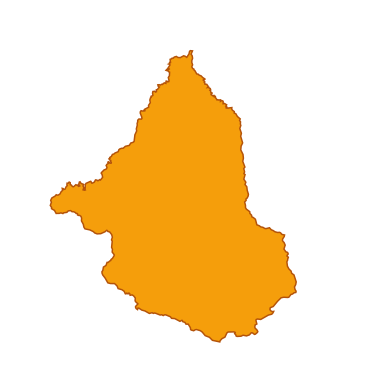 Abejorral, Antioquia, Colombia, rotated 289°
{"feature_id": "7082276B70847845969134", "entity_name": "Abejorral", "entity_type": "district", "adm_level": 2, "iso_a3": "COL", "parent_name": "Colombia", "parent_adm1": "Antioquia", "projection": "mercator", "projection_center": [-75.413, 5.805], "detail": "fine", "context": "isolated", "style": "filled", "palette": "amber", "viewbox_px": 384, "rotation_deg": 289, "n_neighbors": 0, "source": "geoboundaries", "source_scale": "gbopen_adm2", "svg_char_len": 5990}
<svg xmlns="http://www.w3.org/2000/svg" viewBox="0 0 384 384"><g transform="rotate(289 192 192)"><path d="M59.3,267.1L60.6,267.0L63.1,268.1L65.5,270.4L70.2,270.9L71.4,271.8L73.3,277.0L73.4,278.3L73.1,278.7L72.0,278.4L71.2,279.9L70.2,280.6L70.1,281.6L71.6,285.3L73.2,286.9L73.7,290.4L75.6,292.8L78.2,293.9L78.5,295.0L77.7,297.4L78.2,298.2L80.6,299.6L81.6,299.6L83.1,297.8L83.5,296.4L84.7,295.3L86.9,295.0L88.3,296.3L91.3,294.3L92.3,294.2L93.2,295.2L93.9,298.5L100.5,304.3L102.4,307.2L104.0,307.9L105.7,308.1L105.0,306.5L105.5,304.8L106.5,303.8L108.1,303.7L110.2,306.1L116.6,308.5L121.0,310.7L122.4,313.1L123.4,316.7L124.0,317.8L127.3,318.9L128.3,320.3L129.9,321.3L130.8,322.9L132.1,322.7L133.4,321.1L135.6,319.8L138.1,320.2L140.9,319.8L146.8,315.4L147.6,312.7L149.5,311.4L150.8,308.7L152.9,306.4L156.9,304.4L158.6,304.6L160.5,304.2L161.2,304.5L161.8,304.1L162.4,302.6L163.4,302.6L164.4,303.1L165.3,302.8L166.0,301.9L166.0,300.2L168.0,297.5L172.1,297.4L174.2,295.5L174.9,294.1L175.7,293.3L177.1,293.0L179.9,293.7L181.5,293.5L181.2,290.8L182.2,289.1L182.4,288.0L181.6,286.1L181.4,283.5L182.0,281.1L182.1,279.2L183.4,276.9L181.6,274.1L181.2,272.9L181.7,270.5L181.4,268.5L182.0,266.5L182.1,264.0L186.9,260.8L187.8,258.3L188.0,256.7L189.5,255.8L190.6,253.7L192.2,253.0L193.5,249.0L194.6,247.7L196.8,246.9L199.7,245.0L201.6,245.9L202.9,245.3L204.2,246.1L206.4,246.4L208.2,246.1L211.5,243.7L214.8,242.1L216.3,239.7L218.8,239.7L221.0,236.8L225.8,236.5L226.2,235.1L228.1,235.2L231.0,233.3L232.8,233.9L237.5,230.0L240.7,229.6L244.1,228.0L247.7,224.4L251.4,223.5L254.9,223.9L260.5,219.9L263.6,219.6L267.6,216.5L270.8,216.5L272.0,215.6L274.2,215.0L275.1,213.7L276.8,213.8L278.2,210.3L280.3,207.9L280.4,206.2L281.8,205.8L282.5,203.6L283.3,202.6L284.8,202.2L282.8,198.1L282.6,196.9L283.6,196.6L283.4,197.5L284.1,196.9L284.2,196.0L285.7,196.4L286.3,193.9L285.6,192.7L287.7,192.0L288.1,191.6L288.1,190.2L287.0,189.4L288.4,188.9L287.6,187.1L287.7,186.3L287.2,185.7L288.8,183.6L289.9,183.0L289.2,182.2L289.3,181.8L290.2,181.8L290.5,181.4L289.7,180.3L290.3,178.3L290.9,178.1L291.5,178.8L292.1,178.8L292.4,177.2L293.8,176.7L294.0,175.8L295.0,176.2L295.8,175.5L295.8,174.5L296.6,173.7L295.9,172.6L296.9,172.9L297.4,172.6L298.6,170.9L298.2,169.1L299.6,168.4L299.7,167.9L300.6,168.0L301.4,166.2L302.0,166.2L302.7,167.5L303.1,167.4L303.7,164.9L304.8,162.7L304.8,160.7L305.4,159.7L305.2,158.0L307.7,155.2L308.1,154.1L308.8,153.8L309.0,152.5L309.9,151.4L310.8,151.0L312.4,151.2L314.3,149.7L316.3,149.0L318.3,149.1L319.7,148.5L321.1,147.6L322.0,146.3L325.6,146.5L325.1,144.4L324.2,143.9L321.5,144.2L317.6,143.2L318.1,141.5L318.1,139.8L315.2,137.1L314.6,134.8L315.1,133.1L313.8,131.3L312.4,130.7L312.1,129.6L311.4,129.4L310.3,128.1L307.7,129.4L307.6,128.8L306.6,128.6L306.1,129.2L305.4,128.4L305.4,129.4L304.7,129.8L300.8,128.8L301.2,129.8L300.9,130.4L300.2,129.9L299.9,128.4L298.6,127.8L298.6,130.2L298.0,131.1L298.0,131.8L294.5,132.8L292.6,132.3L289.8,134.0L288.8,134.1L288.2,133.0L288.7,132.2L288.4,131.4L286.2,131.9L286.2,130.4L285.2,129.5L284.1,129.2L284.1,128.4L282.8,127.2L282.8,126.0L282.2,124.8L280.8,125.8L280.6,127.0L277.7,125.9L277.0,125.0L275.3,125.7L274.6,125.0L275.1,123.9L274.3,122.3L272.6,122.5L270.9,123.5L270.4,123.5L269.1,122.1L268.3,122.6L267.5,122.1L265.2,122.2L262.9,123.5L259.8,122.7L258.1,123.4L254.7,120.2L253.8,120.0L253.9,120.9L253.4,121.0L252.4,118.7L252.3,117.4L251.0,117.0L249.7,117.4L246.5,120.1L245.2,120.7L244.5,120.5L243.7,118.0L242.2,117.3L240.6,117.8L238.9,117.8L237.4,118.5L233.6,118.8L231.7,119.8L227.5,119.4L221.0,120.8L219.9,120.2L218.3,118.1L215.7,117.6L213.5,114.1L211.0,112.7L210.3,111.0L209.1,109.6L208.2,109.1L206.1,109.1L203.8,106.5L202.5,105.8L201.6,104.5L199.4,104.2L197.9,103.0L197.3,103.5L196.3,102.7L195.5,103.8L195.4,104.9L194.5,105.1L193.6,106.1L193.0,106.2L192.5,105.1L193.5,103.4L192.8,102.7L191.7,103.5L190.4,102.5L189.1,102.2L187.6,103.6L186.3,103.6L185.4,103.1L184.3,101.7L180.8,100.0L180.1,100.1L179.3,101.3L176.8,102.7L173.9,101.7L173.5,101.5L173.7,100.8L172.0,99.4L172.3,98.1L172.0,96.8L169.5,96.4L167.8,94.7L167.8,94.1L169.1,93.0L169.1,92.6L165.7,89.0L164.1,88.7L160.8,89.8L160.0,89.7L159.2,90.5L158.7,89.9L158.6,88.3L160.9,88.3L162.2,87.0L163.9,87.0L164.0,84.3L165.2,82.8L164.6,82.2L163.3,82.5L161.8,82.0L161.7,83.6L161.1,83.9L160.4,82.9L160.9,82.1L161.1,79.8L158.7,78.5L158.2,77.9L158.4,76.9L159.3,75.7L159.3,74.5L161.2,73.8L161.4,72.6L160.0,72.1L159.7,71.0L158.0,71.4L157.4,72.0L156.1,71.3L153.3,71.0L152.7,69.9L153.3,69.1L153.2,68.1L151.5,69.1L149.4,68.1L147.4,67.9L145.8,66.8L145.1,65.5L145.2,64.5L143.6,63.9L140.7,61.4L138.1,61.1L136.5,62.4L133.1,62.4L131.8,64.2L130.5,64.6L129.8,68.0L127.5,70.5L128.6,73.5L129.6,74.9L129.6,77.0L130.5,77.4L132.0,80.3L133.9,81.2L134.9,83.3L134.3,85.0L134.8,86.5L134.6,88.4L134.0,89.4L134.3,90.5L134.1,90.9L133.1,91.2L132.9,92.1L133.3,93.4L132.8,95.0L131.4,96.1L128.7,96.9L126.1,99.7L123.6,101.2L122.3,102.8L122.9,107.7L122.4,111.7L121.6,113.3L121.5,115.9L122.9,119.3L126.1,122.7L128.0,123.8L128.0,124.4L127.3,125.3L127.4,127.2L125.6,129.9L123.4,131.4L120.5,131.5L119.5,132.6L113.5,134.0L112.0,135.4L109.2,136.1L107.4,138.8L106.5,139.1L103.3,138.4L101.8,137.4L100.8,137.5L100.0,136.7L98.2,135.7L97.8,134.6L94.5,134.6L92.2,132.7L88.9,133.2L87.3,132.8L85.9,133.4L84.5,134.6L82.3,137.9L78.7,142.0L78.9,144.7L80.2,148.6L78.8,151.7L76.6,153.6L76.8,157.6L76.0,160.2L74.1,162.0L74.1,162.7L75.2,163.3L74.8,164.7L75.7,165.0L75.9,165.5L75.6,166.2L74.2,167.1L75.2,168.9L74.8,170.6L73.3,172.9L71.0,173.5L70.0,174.2L68.6,177.3L65.4,175.9L64.2,176.4L63.5,177.4L63.1,178.8L64.6,178.7L64.9,179.5L64.0,183.0L64.2,186.2L63.3,191.2L64.9,193.6L64.6,194.9L65.3,195.8L65.5,197.2L65.3,201.9L66.1,203.4L65.8,205.0L66.9,206.0L67.3,207.1L67.0,212.2L65.9,213.8L66.7,216.9L65.8,222.7L67.4,224.3L67.2,224.9L66.4,225.5L66.4,227.8L65.1,229.3L65.8,231.5L63.1,234.7L61.6,235.4L61.2,236.1L61.4,238.8L62.8,239.9L63.4,240.9L63.6,245.0L62.9,247.3L60.5,251.2L60.3,255.8L58.4,259.6L59.3,267.1Z" fill="#f59e0b" stroke="#b45309" stroke-width="1.5"/></g></svg>